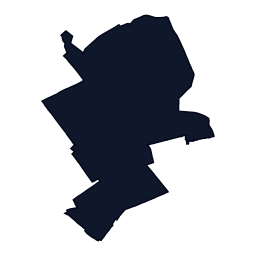 Masloc, Timis, Romania
{"feature_id": "2599482B91867297298007", "entity_name": "Masloc", "entity_type": "district", "adm_level": 2, "iso_a3": "ROU", "parent_name": "Romania", "parent_adm1": "Timis", "projection": "equal_earth", "projection_center": [21.493, 46.0], "detail": "fine", "context": "isolated", "style": "filled", "palette": "ink", "viewbox_px": 256, "rotation_deg": 0, "n_neighbors": 0, "source": "geoboundaries", "source_scale": "gbopen_adm2", "svg_char_len": 5561}
<svg xmlns="http://www.w3.org/2000/svg" viewBox="0 0 256 256"><path d="M213.9,136.3L213.7,135.1L212.6,131.7L211.4,129.1L209.7,126.7L209.2,125.7L208.8,124.8L208.8,123.6L208.8,122.6L209.0,121.4L208.8,120.1L208.8,118.9L208.1,118.1L204.8,116.0L197.9,113.3L193.9,112.5L181.6,111.5L178.6,111.4L178.5,106.8L178.7,103.0L178.7,99.0L178.8,98.2L181.0,96.2L186.5,90.5L190.9,86.4L191.2,85.5L191.6,83.5L192.2,81.3L193.2,78.1L193.8,75.1L193.9,74.2L193.0,71.8L192.3,70.7L191.0,67.4L189.4,64.0L188.1,60.6L188.0,60.2L186.5,57.0L183.8,50.3L181.5,45.3L180.2,42.3L176.8,35.3L176.4,34.8L175.2,33.2L174.0,31.2L172.8,29.5L172.6,29.0L171.9,27.2L170.8,24.8L170.7,24.2L170.0,22.4L169.8,21.9L169.3,21.2L168.1,17.7L166.8,17.0L166.1,16.8L165.8,16.8L165.4,17.1L164.8,17.3L163.5,17.4L161.5,17.7L159.7,17.7L159.3,17.7L157.1,17.8L156.4,17.7L155.6,17.7L153.1,17.1L150.4,16.2L148.1,15.6L146.4,15.4L145.0,15.5L143.9,15.7L139.7,17.6L134.3,19.8L133.5,20.4L132.7,21.4L130.8,23.5L130.4,23.9L130.1,24.0L129.9,24.0L128.4,23.6L127.3,23.7L126.9,23.8L123.8,25.1L121.0,26.1L120.0,26.4L118.9,24.8L113.7,28.1L103.8,33.7L98.8,36.8L85.1,49.1L83.4,53.0L70.4,43.2L70.5,43.1L72.5,36.2L65.9,31.0L65.1,31.7L61.1,35.3L61.7,35.9L62.1,36.5L62.4,37.8L62.7,39.7L63.1,40.6L63.2,41.0L63.7,41.6L64.8,42.9L65.1,43.4L65.0,44.4L64.8,45.5L64.8,45.8L64.7,46.2L65.0,47.5L65.2,48.0L66.0,49.6L66.4,51.0L66.9,51.8L67.4,52.3L66.1,53.7L63.7,55.9L66.2,58.3L66.8,58.7L68.5,61.1L71.2,64.4L73.3,66.7L76.1,70.1L79.1,74.0L83.9,80.4L80.8,82.3L78.4,83.6L76.7,84.4L75.1,85.2L72.8,86.1L68.1,88.3L66.0,89.1L62.0,91.0L59.2,92.5L57.1,94.0L55.9,94.6L53.9,95.4L51.5,96.6L47.1,98.6L42.1,101.1L44.0,103.6L44.7,104.6L44.9,105.2L45.9,106.6L46.2,106.9L46.4,107.0L48.0,109.4L48.2,109.7L50.0,111.8L51.9,114.1L54.6,117.9L63.9,130.2L65.7,132.5L67.3,134.9L70.9,139.8L74.0,144.2L74.9,144.8L74.6,144.9L70.9,148.6L74.6,151.6L72.1,154.0L73.4,155.5L74.1,156.5L74.9,157.4L78.5,162.5L79.3,163.3L81.7,166.9L86.1,173.3L89.0,177.3L92.1,181.7L92.3,181.2L92.6,180.9L93.1,180.6L93.6,180.6L93.8,180.8L93.9,181.3L94.1,181.1L94.9,180.7L95.8,180.1L97.5,179.2L98.4,178.7L100.0,181.3L97.0,183.3L91.5,187.3L88.1,189.5L81.7,194.1L79.9,195.3L78.9,195.8L78.0,196.4L73.3,199.9L75.1,203.4L75.1,203.5L75.3,204.2L76.9,207.1L77.1,207.8L77.3,208.0L76.5,208.0L75.3,208.2L74.1,208.3L72.1,208.7L70.3,209.0L68.4,209.6L66.9,210.2L66.9,210.7L67.0,211.0L67.3,211.4L67.9,212.1L68.0,212.1L66.5,212.7L66.2,212.7L66.0,212.8L65.4,213.0L64.9,213.4L66.3,213.9L66.9,214.4L68.1,214.8L69.2,215.4L69.2,215.5L74.9,220.4L75.5,220.9L77.3,222.7L77.9,223.3L79.1,224.1L80.4,225.2L81.5,225.9L81.5,226.0L82.9,227.1L83.1,227.2L83.1,227.3L83.0,227.5L83.5,227.9L84.1,228.1L84.6,228.3L85.0,228.9L85.4,229.2L86.1,229.2L85.9,229.3L85.8,229.5L85.4,229.8L84.9,230.3L85.0,230.5L85.2,230.9L85.1,231.0L87.1,233.4L87.4,233.7L88.0,234.1L88.6,234.6L89.2,235.0L92.4,237.4L92.9,237.7L94.1,238.1L95.5,239.1L96.2,239.7L97.0,240.1L97.2,239.8L97.4,239.8L97.4,240.1L97.4,240.3L98.4,240.6L99.0,239.9L99.3,239.7L99.8,239.9L100.2,239.9L100.3,240.1L100.6,240.2L101.1,240.3L101.4,239.7L101.8,239.3L103.1,237.7L104.7,235.6L105.1,234.8L106.3,233.2L108.5,230.7L109.8,228.8L110.4,227.9L110.9,227.3L112.2,226.0L112.5,225.6L112.7,225.2L112.6,224.9L112.0,224.3L112.5,223.9L113.5,221.9L115.3,219.4L116.0,218.7L116.7,219.0L117.0,219.7L117.5,218.8L118.1,218.2L119.4,216.0L123.9,210.8L125.2,209.4L131.3,207.2L132.5,206.7L135.6,205.7L143.2,202.4L143.8,202.3L145.1,201.8L146.7,201.0L151.1,199.2L152.7,198.5L154.8,197.7L155.6,197.2L159.0,195.7L161.3,194.8L164.2,193.6L166.1,192.6L168.0,191.8L167.2,190.6L157.1,178.2L155.4,176.2L153.7,173.9L148.5,167.8L146.7,165.3L146.3,164.9L151.5,163.1L153.4,162.5L153.4,162.4L152.7,159.1L152.0,156.6L151.9,155.8L151.8,155.4L151.7,155.3L151.6,154.4L150.9,151.6L150.9,151.3L150.5,149.4L150.1,148.6L149.6,147.7L149.0,147.0L148.7,146.3L148.4,145.9L148.2,145.3L148.1,145.0L148.1,144.7L150.7,144.0L154.7,143.2L155.6,142.8L158.1,142.2L159.2,141.9L162.8,141.0L163.4,140.8L167.1,139.9L167.2,140.0L168.0,139.6L169.2,139.3L171.3,138.8L173.3,138.3L175.2,137.8L176.9,137.4L178.0,137.0L178.9,137.0L179.2,136.8L179.8,136.6L180.2,136.6L181.3,136.3L181.8,136.6L182.2,136.2L183.0,135.7L183.4,135.7L184.2,135.4L184.7,135.4L185.1,135.2L185.3,135.2L186.1,134.9L186.1,135.1L185.9,135.1L185.7,135.2L185.8,135.3L186.0,135.3L185.9,135.6L186.2,135.7L186.3,135.8L185.6,136.2L185.5,136.4L185.6,138.3L185.5,138.9L185.6,139.1L185.5,139.4L185.8,139.9L186.0,139.9L186.7,139.9L186.8,140.0L187.2,139.8L187.3,139.9L187.3,140.0L187.4,140.3L186.6,140.9L186.5,141.0L186.5,141.3L186.7,141.8L186.8,142.0L186.7,142.5L186.8,142.8L186.9,143.7L186.9,144.0L187.6,143.9L188.2,144.0L188.4,143.8L188.6,143.4L188.3,142.9L188.2,142.6L188.2,141.9L188.3,141.6L189.0,141.5L190.1,141.1L190.7,141.1L190.9,140.8L191.1,140.9L191.4,141.1L191.7,141.1L191.8,140.9L192.0,140.9L191.9,140.7L192.2,140.4L192.3,140.4L192.4,140.6L192.6,140.6L192.7,140.9L193.2,141.2L193.3,141.2L193.3,140.7L193.1,140.4L193.5,140.2L193.7,140.3L194.2,140.3L194.1,140.5L194.5,140.4L194.4,140.2L194.7,140.1L195.1,140.1L195.2,140.3L196.3,140.1L197.4,139.9L197.5,139.8L197.5,139.7L198.0,139.5L198.3,139.3L199.1,139.1L199.6,139.1L200.7,138.9L201.0,138.7L201.2,138.8L203.3,138.2L203.7,138.3L204.1,138.2L204.3,138.3L204.4,138.2L204.7,138.2L205.0,138.0L205.7,137.9L205.8,138.1L206.0,138.1L206.2,137.9L206.5,137.9L206.9,137.7L207.1,137.7L207.7,137.5L208.0,137.6L208.3,137.4L208.4,137.5L208.6,137.6L209.1,137.9L209.3,137.7L209.7,137.3L210.1,137.4L210.5,137.3L210.5,137.2L211.0,136.9L211.6,136.9L212.2,136.7L212.9,136.7L213.1,136.5L213.1,136.4L213.9,136.3Z" fill="#0f172a" stroke="#020617" stroke-width="1.5"/></svg>